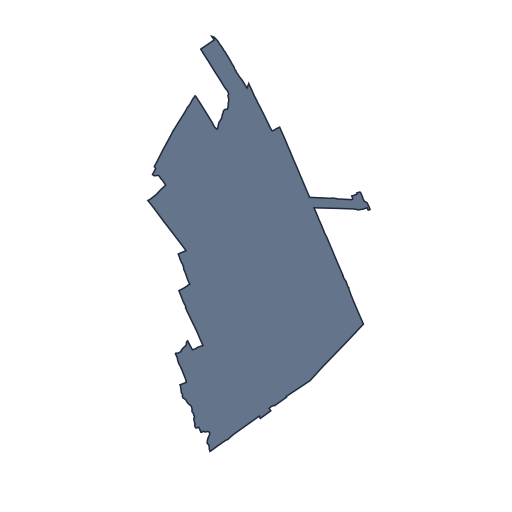 Stiubieni, Botosani, Romania, rotated 195°
{"feature_id": "2599482B57702858743031", "entity_name": "Stiubieni", "entity_type": "district", "adm_level": 2, "iso_a3": "ROU", "parent_name": "Romania", "parent_adm1": "Botosani", "projection": "albers", "projection_center": [26.776, 47.985], "detail": "fine", "context": "isolated", "style": "filled", "palette": "slate", "viewbox_px": 512, "rotation_deg": 195, "n_neighbors": 0, "source": "geoboundaries", "source_scale": "gbopen_adm2", "svg_char_len": 6031}
<svg xmlns="http://www.w3.org/2000/svg" viewBox="0 0 512 512"><g transform="rotate(195 256 256)"><path d="M355.6,456.7L352.3,453.8L354.8,451.0L359.1,445.9L362.9,441.6L362.7,441.2L361.1,439.9L359.9,438.5L356.0,435.1L354.0,433.1L353.1,432.5L349.6,429.1L345.6,425.4L341.8,421.8L339.2,419.5L335.3,415.9L330.7,411.5L328.4,409.5L326.9,408.6L325.9,407.5L325.2,406.7L324.4,405.8L324.3,404.9L324.7,403.9L324.4,403.1L323.6,401.8L322.6,399.5L322.5,398.9L322.4,398.2L322.4,397.3L322.4,396.2L321.9,395.0L321.8,394.2L321.8,393.4L321.6,392.2L321.6,391.4L321.7,390.6L322.5,390.1L323.8,389.6L324.3,389.1L324.8,388.2L325.0,387.3L325.0,386.8L324.7,386.2L324.9,384.7L325.2,383.6L324.9,382.2L324.9,380.2L326.4,375.2L326.2,371.0L326.1,368.6L326.9,368.6L329.1,369.6L329.9,370.3L331.2,371.7L333.5,374.3L334.4,375.0L339.3,379.7L348.4,388.2L355.1,394.3L356.3,395.0L356.6,394.0L357.0,393.1L357.1,392.6L357.4,392.2L357.9,390.5L358.0,390.0L358.4,388.5L358.9,386.2L359.2,385.1L359.9,383.6L360.8,381.4L361.2,379.6L361.3,378.9L363.3,372.1L365.4,365.4L366.8,360.7L368.6,354.8L369.5,350.4L371.1,343.8L373.3,334.7L374.0,331.4L376.1,321.5L377.4,316.0L375.5,314.6L377.1,307.9L376.5,307.6L375.5,307.3L374.6,307.2L372.0,308.4L371.1,308.4L370.2,308.1L369.5,307.6L368.1,306.1L367.2,305.6L366.3,305.2L364.5,303.6L363.5,302.7L361.6,301.0L364.9,295.9L367.7,290.7L367.9,290.0L373.3,282.9L374.9,281.7L368.3,276.8L359.6,269.9L353.0,264.6L350.3,262.7L345.7,259.1L342.1,256.4L337.6,252.9L330.2,247.2L325.4,243.4L325.0,243.0L330.1,239.1L331.6,237.8L330.7,236.4L329.7,235.2L329.1,234.2L328.7,233.4L328.3,232.9L327.4,231.9L326.6,230.8L325.9,230.0L324.8,229.0L324.1,227.9L323.8,227.4L323.4,227.1L323.2,226.6L322.9,226.0L322.5,224.9L322.2,224.2L320.4,222.1L316.1,215.8L314.0,213.0L312.6,211.7L314.0,210.4L314.4,209.7L315.2,208.7L316.3,207.6L317.2,206.5L321.5,202.6L315.1,193.9L312.8,191.1L310.7,188.9L310.5,188.4L310.5,188.0L311.0,187.3L310.8,187.4L310.3,187.2L309.9,186.9L309.5,186.5L308.6,185.1L306.8,183.1L301.5,176.9L295.5,170.0L292.7,166.7L290.1,163.3L288.4,161.1L285.0,157.0L284.0,155.7L285.8,154.7L288.9,152.6L290.0,151.1L292.0,149.7L293.2,148.9L294.1,150.0L298.2,154.3L300.0,156.4L300.3,156.1L300.8,154.8L300.9,154.3L300.8,154.0L300.4,153.3L300.4,152.2L300.6,151.4L302.7,148.1L303.2,146.8L303.8,145.8L303.8,145.1L303.6,144.5L304.1,143.9L304.9,143.3L305.3,142.9L305.6,142.5L305.9,142.3L306.3,142.0L306.9,141.7L307.8,141.6L308.4,141.3L308.6,140.8L308.1,140.3L306.5,138.2L306.3,138.0L305.5,137.0L304.9,135.4L303.4,133.0L302.4,131.7L301.2,130.5L298.2,126.9L292.2,118.9L290.6,116.0L295.3,112.4L296.1,112.0L295.4,111.1L294.7,109.3L294.0,107.9L293.6,106.9L293.0,105.1L292.6,104.6L291.3,103.5L291.1,103.2L291.0,102.9L291.0,102.0L291.0,101.7L290.6,101.2L290.0,100.4L289.8,100.1L289.6,99.9L287.8,99.5L286.5,98.7L286.1,98.5L285.4,97.5L283.3,96.0L281.9,95.2L280.4,94.6L279.8,94.3L279.4,93.9L279.2,93.3L278.6,92.5L278.3,91.9L278.0,91.3L277.9,90.8L277.9,90.1L277.7,89.6L277.4,89.0L275.7,87.6L275.4,87.1L275.2,87.0L275.1,86.6L275.0,86.2L273.9,84.9L273.6,84.3L273.6,84.2L273.9,83.5L274.0,83.0L273.8,82.0L273.7,81.8L273.1,80.8L272.7,80.2L272.5,79.7L272.1,78.8L271.9,78.6L271.6,78.4L271.4,78.2L271.3,77.9L271.3,77.6L271.5,77.1L271.5,76.8L271.4,76.4L270.7,75.4L270.0,74.6L269.7,74.4L269.2,74.4L268.0,75.0L267.5,75.6L266.6,75.5L266.4,75.2L265.7,74.2L265.3,73.9L264.9,73.1L264.0,72.5L264.0,72.4L264.1,72.1L264.0,71.8L263.8,71.6L263.6,71.5L262.9,71.7L262.5,71.9L262.3,72.2L262.1,72.4L261.7,72.8L261.4,73.1L261.1,73.1L260.7,73.1L259.9,72.8L259.6,72.8L259.3,72.9L257.8,73.8L256.8,74.0L256.3,74.0L255.9,73.8L255.2,73.3L254.9,73.0L254.8,72.5L254.7,71.6L254.7,71.1L255.0,68.9L255.3,67.5L255.1,66.7L255.3,65.6L255.2,65.1L254.8,62.6L254.6,62.4L254.0,62.1L253.2,61.5L252.7,61.0L252.1,60.3L251.8,59.5L251.4,58.2L251.1,57.3L249.8,55.3L245.0,61.2L244.0,62.6L242.0,64.8L240.8,66.4L238.6,68.8L237.3,70.4L235.9,71.2L235.6,71.5L234.5,73.6L231.4,78.0L211.4,102.2L209.8,100.2L201.6,110.3L203.9,112.3L202.3,114.6L199.9,116.4L199.3,116.2L189.9,127.6L190.4,128.2L171.6,149.5L162.8,166.5L148.4,192.4L141.2,205.7L139.7,208.3L139.1,209.8L134.6,218.0L141.7,226.9L150.2,237.7L154.9,244.0L155.4,244.8L157.5,247.8L157.9,248.6L158.2,249.4L158.5,249.4L158.8,249.6L159.3,250.2L161.2,252.8L162.0,254.2L162.3,254.6L164.7,256.6L166.1,258.2L166.6,258.6L166.9,259.1L166.6,259.3L176.6,271.9L177.4,273.1L178.0,273.7L182.9,280.1L183.8,281.3L186.2,284.3L187.8,286.5L189.1,288.0L192.1,292.0L195.4,295.6L201.0,303.1L202.0,304.2L203.0,305.5L204.6,307.5L210.3,315.0L211.3,316.0L212.4,317.6L188.2,323.4L176.0,326.2L174.7,326.6L173.0,326.7L171.5,327.1L171.1,327.1L170.3,326.8L169.5,326.9L164.8,328.9L161.1,331.4L160.8,330.9L159.7,329.4L159.3,329.4L158.6,329.8L157.8,330.5L158.4,331.2L158.7,331.7L158.8,331.8L159.7,333.0L161.5,335.0L162.4,336.1L163.3,336.5L164.3,336.6L165.6,337.1L167.3,338.7L168.5,340.8L169.8,342.3L170.8,343.8L172.1,344.7L172.5,344.6L175.1,342.8L174.6,341.9L175.4,341.1L177.8,339.5L179.1,338.8L178.3,337.7L177.6,336.6L177.5,336.1L177.5,335.7L178.1,335.2L189.0,332.9L190.1,332.6L191.6,332.3L192.6,332.1L193.1,332.3L193.4,332.3L195.0,332.1L197.4,331.7L199.3,330.9L206.6,329.4L209.9,328.6L214.6,327.6L219.4,326.5L232.4,343.2L236.1,347.9L240.5,353.6L244.1,358.0L250.9,367.0L251.7,367.8L252.4,368.7L256.5,374.1L261.2,380.0L263.7,383.0L266.5,386.6L267.8,385.5L269.3,384.2L270.9,382.4L272.1,381.4L272.6,381.2L272.8,381.1L273.0,381.2L274.3,382.4L277.1,385.4L278.0,386.7L279.7,388.4L282.7,392.0L286.1,395.9L287.3,397.1L289.3,399.5L292.4,402.8L294.3,404.9L295.7,406.6L299.2,410.4L302.4,414.4L302.6,414.7L304.0,416.4L306.2,418.8L307.3,420.2L307.6,420.7L308.2,415.9L311.5,419.0L312.2,419.7L313.6,421.2L316.2,423.3L318.5,424.9L319.5,425.9L322.0,428.0L322.8,428.8L323.5,429.9L324.7,430.6L325.4,431.5L325.9,432.4L326.8,433.5L327.4,434.1L328.0,434.6L329.0,435.5L330.2,436.8L330.6,437.3L332.8,439.4L334.1,440.8L337.4,443.8L338.4,444.9L339.9,446.0L340.4,446.4L341.0,447.0L341.3,447.4L343.0,449.0L344.2,450.0L345.1,450.6L346.3,451.5L347.9,453.2L350.0,454.7L353.3,456.6L355.6,456.7Z" fill="#64748b" stroke="#1e293b" stroke-width="1.5"/></g></svg>